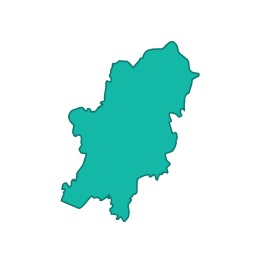 Central Finland, Mercator projection, rotated 32°
{"feature_id": "FIN-3177", "entity_name": "Central Finland", "entity_type": "Province", "adm_level": 1, "iso_a3": "FIN", "parent_name": "Finland", "parent_adm1": "", "projection": "mercator", "projection_center": [25.479, 62.526], "detail": "fine", "context": "isolated", "style": "filled", "palette": "teal", "viewbox_px": 256, "rotation_deg": 32, "n_neighbors": 0, "source": "natural_earth", "source_scale": "10m", "svg_char_len": 4809}
<svg xmlns="http://www.w3.org/2000/svg" viewBox="0 0 256 256"><g transform="rotate(32 128 128)"><path d="M159.0,44.4L159.4,44.7L160.3,45.6L160.1,46.9L157.4,51.5L156.9,52.6L157.2,54.2L157.8,55.0L158.8,57.5L160.2,63.0L160.9,65.6L160.9,66.7L160.0,67.1L159.7,68.0L159.8,69.9L160.0,72.7L161.7,75.2L163.0,78.0L164.6,80.7L165.8,82.0L166.3,83.1L164.5,82.8L163.4,83.2L163.0,83.7L163.1,85.2L163.6,86.0L164.6,87.4L165.8,88.2L166.5,88.3L166.8,89.5L166.2,90.7L165.4,91.6L164.9,91.7L163.3,91.1L160.9,90.8L155.9,92.3L155.4,93.9L156.1,95.1L157.5,96.6L160.2,98.3L161.1,99.3L160.9,99.5L160.0,100.9L160.5,102.0L168.3,108.8L168.9,109.1L169.7,108.1L170.6,106.7L171.6,106.8L172.9,107.9L174.4,109.6L175.0,110.7L175.2,112.0L175.6,113.7L176.7,115.0L177.6,117.9L178.1,120.8L177.9,122.1L177.5,123.0L177.8,123.1L178.0,123.6L177.5,124.7L173.3,129.9L173.6,131.0L177.8,134.8L179.0,135.3L181.9,135.6L182.9,136.5L182.6,138.3L182.3,139.5L182.1,140.1L181.9,140.7L182.2,141.7L185.2,144.5L185.1,145.2L183.1,145.8L181.8,146.5L181.3,147.1L181.0,148.2L181.1,148.3L181.4,148.4L181.6,148.4L181.4,149.1L181.2,149.5L180.6,150.0L179.4,150.5L179.2,151.5L179.4,151.9L179.6,153.0L179.7,154.2L179.7,154.9L180.2,155.9L180.6,156.3L180.2,156.7L179.2,156.6L178.1,155.8L176.9,154.6L176.5,154.2L175.5,154.0L174.9,154.0L174.1,154.5L173.4,155.5L173.6,155.6L173.8,155.6L173.8,156.3L173.6,156.7L173.1,157.3L172.5,157.8L172.1,157.9L171.0,156.9L169.9,156.9L167.2,159.3L163.5,164.7L163.6,167.9L169.5,177.7L169.4,179.9L168.3,180.6L167.7,182.2L167.7,184.4L167.2,187.1L167.4,187.1L168.7,187.1L169.1,187.9L169.1,188.7L168.8,192.0L169.0,193.4L169.4,194.1L173.0,198.2L173.6,199.1L175.0,202.0L175.3,203.2L175.3,204.5L174.7,208.7L173.9,209.4L169.7,207.2L168.8,207.5L168.3,208.9L168.2,209.5L168.2,210.0L168.0,210.5L167.0,211.3L166.6,211.4L166.2,210.6L166.1,210.0L166.1,209.2L166.3,208.7L165.9,207.7L165.3,207.5L163.8,207.7L160.1,209.3L159.7,209.7L159.4,209.8L158.2,208.3L156.5,207.6L156.1,207.1L155.7,206.3L155.7,206.1L155.8,205.9L156.1,205.3L156.3,204.5L156.6,203.3L156.7,202.9L156.5,202.5L156.2,202.1L156.0,201.6L155.4,200.9L154.5,201.7L153.7,201.5L153.2,200.9L152.7,199.0L152.4,198.2L151.8,197.5L150.1,195.9L149.8,196.4L149.6,197.1L149.1,197.9L148.5,198.1L148.1,198.0L147.9,197.2L148.1,196.6L148.2,195.6L147.9,194.9L147.5,194.7L147.1,195.7L146.8,196.8L145.6,200.2L144.1,203.2L143.4,203.9L142.8,203.9L143.2,203.1L142.4,202.9L140.4,202.8L139.3,203.0L138.0,203.7L136.5,205.1L135.9,205.5L133.7,204.9L133.1,205.2L132.5,207.4L131.5,215.2L130.8,218.5L130.1,220.5L129.4,221.7L128.4,222.2L110.2,225.1L109.9,224.7L109.2,222.0L109.0,219.3L108.3,217.4L107.4,216.9L107.3,216.5L108.0,215.4L107.7,213.8L106.4,213.5L105.4,214.5L104.5,214.9L104.2,213.9L103.4,212.3L102.9,210.8L103.2,208.8L104.5,207.4L106.2,207.8L109.0,209.2L109.9,208.8L109.9,208.2L109.9,207.9L110.1,207.6L110.3,207.1L110.2,206.2L109.2,204.8L108.6,203.7L108.4,202.5L108.7,200.9L109.3,200.2L110.0,200.4L110.3,200.8L111.0,201.2L111.4,200.5L111.4,199.2L110.4,197.0L110.2,196.2L110.4,196.0L110.8,195.6L109.9,195.3L109.0,194.4L108.7,191.9L109.1,188.4L109.4,184.1L109.0,181.2L107.3,175.0L106.9,173.4L106.2,171.9L102.2,173.8L100.9,173.8L98.5,172.4L97.8,171.6L97.8,171.0L97.7,169.6L97.8,168.0L97.8,167.1L97.1,166.1L96.3,165.6L95.3,164.1L94.5,162.3L93.5,160.7L92.1,159.7L90.8,159.7L88.6,160.8L87.9,161.3L88.4,162.6L87.3,163.1L85.6,162.7L85.1,162.1L83.8,161.3L82.2,158.4L81.7,156.5L80.2,154.1L76.8,153.4L74.9,152.5L73.2,151.3L72.2,150.4L71.4,149.2L70.9,147.3L70.8,144.3L72.0,141.9L75.5,137.4L77.0,135.8L78.2,134.9L79.2,134.8L82.6,136.0L83.6,135.8L83.9,134.9L83.7,133.9L83.6,132.9L85.5,132.1L86.1,132.4L86.4,132.5L87.0,132.7L87.4,133.4L87.5,133.9L88.1,134.0L88.9,133.2L89.8,132.5L90.3,132.3L90.9,132.2L91.4,131.7L91.3,131.2L91.2,130.8L91.7,130.3L91.9,129.0L91.9,128.1L92.0,127.8L92.0,127.5L91.9,127.1L91.9,126.6L92.0,126.6L92.5,126.7L92.6,126.4L92.4,126.3L92.3,126.0L92.3,125.4L92.3,125.2L92.5,125.0L93.4,124.8L93.5,124.4L93.4,124.1L93.3,123.1L93.2,122.8L93.1,122.5L93.1,122.2L94.0,122.3L94.2,122.0L94.2,121.5L93.9,121.3L92.7,121.5L91.4,121.4L91.3,120.5L91.6,119.9L93.8,117.6L93.2,116.2L92.3,115.2L91.0,112.9L87.8,105.3L85.2,100.9L85.2,99.3L85.8,99.0L88.3,98.7L88.7,97.3L88.4,96.2L87.5,94.8L86.0,94.2L85.1,94.1L84.4,92.6L84.4,91.1L84.1,89.8L83.5,89.3L83.0,88.3L82.7,87.1L82.5,86.1L82.5,85.0L82.5,84.2L82.3,83.4L82.2,83.5L81.9,83.7L81.6,83.4L81.1,81.1L82.5,80.6L83.6,79.6L84.4,77.8L85.1,75.7L92.0,72.0L94.3,72.2L100.6,74.0L100.8,73.5L100.7,71.7L100.9,70.0L101.5,67.4L101.8,65.3L101.7,64.1L101.6,62.4L101.9,62.0L103.0,61.3L103.3,61.2L102.6,57.9L102.6,54.1L103.8,51.5L107.3,48.0L112.8,44.3L115.0,43.1L116.0,40.3L116.7,36.8L117.9,33.3L119.6,31.3L121.3,30.9L124.5,31.7L126.5,32.7L130.2,36.5L132.1,37.4L142.3,38.7L144.4,40.0L147.7,44.3L149.6,46.1L152.1,46.8L154.5,46.4L159.0,44.4Z" fill="#14b8a6" stroke="#0f766e" stroke-width="1.5"/></g></svg>